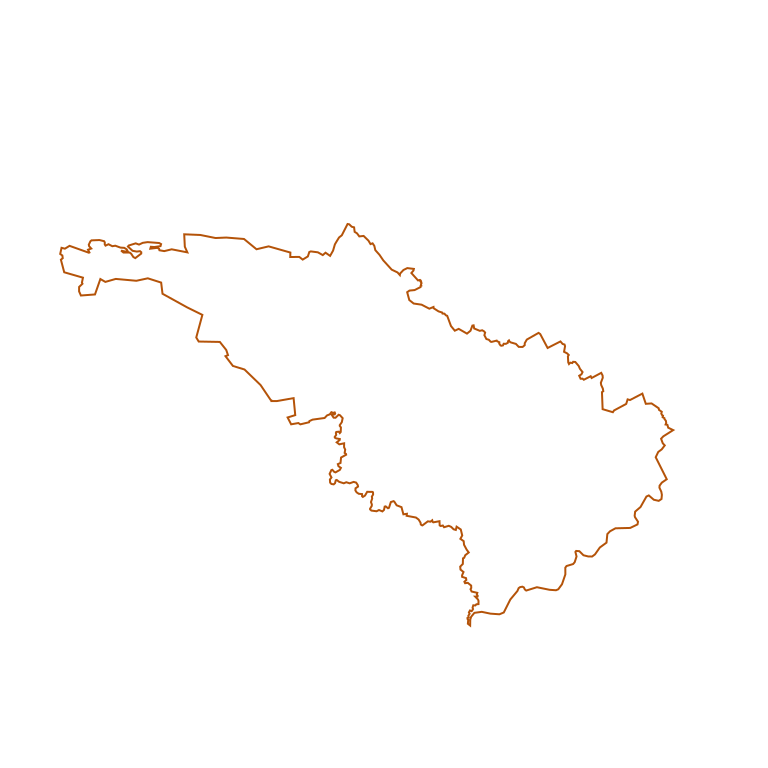 Straupes pag., Pargaujas, Latvia, rotated 335°
{"feature_id": "27541924B928212469839", "entity_name": "Straupes pag.", "entity_type": "district", "adm_level": 2, "iso_a3": "LVA", "parent_name": "Latvia", "parent_adm1": "Pargaujas", "projection": "mercator", "projection_center": [24.945, 57.337], "detail": "fine", "context": "isolated", "style": "outline", "palette": "amber", "viewbox_px": 768, "rotation_deg": 335, "n_neighbors": 0, "source": "geoboundaries", "source_scale": "gbopen_adm2", "svg_char_len": 6166}
<svg xmlns="http://www.w3.org/2000/svg" viewBox="0 0 768 768"><g transform="rotate(335 384 384)"><path d="M266.2,163.9L261.5,175.4L261.4,181.6L248.5,172.2L241.0,170.7L237.0,167.9L237.3,166.4L236.1,164.8L229.4,162.6L230.7,161.1L233.7,162.8L239.7,164.6L241.1,163.0L239.8,161.2L229.7,155.5L225.0,154.1L220.9,154.1L218.4,151.6L211.2,150.6L210.0,151.2L212.4,157.0L215.9,159.5L219.0,160.5L219.7,162.0L219.1,163.2L211.8,164.8L210.5,163.0L209.9,159.0L209.0,157.3L203.4,154.7L202.1,152.0L205.6,154.7L207.8,155.0L207.7,153.2L206.1,150.8L202.8,149.0L198.9,145.1L196.0,144.3L193.4,140.9L190.1,140.9L189.9,139.5L190.8,137.6L190.7,136.3L187.0,133.3L179.6,130.2L178.2,130.6L175.3,133.0L175.0,134.5L175.9,137.5L172.5,137.2L172.6,140.3L172.0,140.3L157.4,125.9L152.0,126.5L149.3,124.3L145.5,129.3L146.8,131.6L146.0,134.2L143.7,134.8L141.4,147.6L156.1,160.4L153.1,164.4L153.1,165.7L148.7,167.2L146.8,171.2L146.7,175.7L159.9,180.7L171.3,169.0L174.6,173.7L185.3,175.4L203.2,185.8L214.6,188.4L224.9,197.9L221.4,208.6L238.0,231.4L248.6,244.6L233.5,262.5L234.0,267.2L253.0,276.5L255.4,286.5L254.8,291.9L252.1,291.8L254.7,303.8L263.7,311.9L271.7,332.8L274.5,350.4L275.1,351.4L274.8,351.9L279.7,354.2L296.1,358.6L290.4,374.7L282.5,373.6L282.8,381.3L289.9,383.2L291.1,385.2L299.9,387.0L300.7,386.1L304.2,386.1L315.8,389.7L319.1,388.4L322.0,388.6L324.4,387.3L325.8,388.7L327.3,388.9L327.3,390.0L326.5,390.7L323.6,389.7L324.1,393.2L325.8,394.1L329.9,392.7L330.9,393.7L332.1,397.5L329.6,400.8L326.5,402.6L326.2,403.3L326.6,405.1L324.5,409.2L323.2,409.8L322.9,408.1L320.5,407.3L319.7,408.0L319.2,409.9L316.9,411.2L316.8,411.9L317.7,413.1L320.7,415.2L320.2,416.0L316.5,416.9L318.0,419.8L322.8,420.9L321.1,424.4L321.1,427.1L319.2,429.8L320.0,431.4L319.8,432.1L314.0,432.5L311.2,437.2L308.3,437.1L308.0,439.3L309.5,441.8L307.6,443.2L302.7,443.6L301.8,442.7L300.9,439.9L299.9,439.8L296.7,442.5L296.9,446.5L294.6,447.7L293.5,450.6L294.1,452.4L296.0,453.7L297.7,453.2L299.6,450.9L300.6,451.0L302.0,453.7L305.6,457.0L308.3,457.1L310.9,459.5L315.1,459.9L317.1,461.6L317.5,464.6L317.1,466.0L314.1,466.5L313.1,468.4L313.4,470.6L314.7,472.8L317.6,474.5L316.7,476.4L317.1,477.4L319.6,477.1L323.2,474.6L328.1,477.0L328.2,477.7L327.4,479.6L325.4,480.9L324.9,482.8L322.3,485.5L322.1,488.0L321.4,489.3L318.6,491.2L318.4,491.8L319.1,493.4L323.5,496.2L326.2,496.1L328.7,498.8L330.8,498.1L332.8,495.4L333.8,495.6L335.1,498.3L336.2,498.3L340.3,493.9L343.1,494.2L343.6,494.9L344.2,499.3L347.8,503.0L346.5,510.3L349.9,511.3L348.8,513.0L356.5,518.5L358.1,521.5L358.5,525.1L358.0,526.8L358.4,527.8L359.1,528.4L365.7,527.0L367.9,528.4L370.1,527.9L369.8,529.5L370.2,530.2L376.3,531.8L374.7,535.7L375.4,536.7L377.5,537.1L377.9,539.2L382.8,539.9L384.5,541.9L385.7,545.1L387.4,546.6L389.5,544.0L392.1,548.3L390.9,554.3L387.8,556.6L389.8,560.1L388.6,563.5L388.9,569.0L389.6,572.5L385.3,573.5L383.2,575.4L381.9,575.4L379.4,580.4L375.9,581.7L374.9,584.5L376.6,588.0L373.9,590.4L373.3,591.8L376.3,594.6L375.8,596.4L373.3,597.2L373.3,598.8L375.9,599.6L377.8,603.5L376.9,605.7L375.7,606.5L375.7,609.1L380.3,612.7L379.2,613.9L379.4,615.6L379.0,616.1L376.8,615.2L378.1,619.0L378.0,620.5L376.6,623.4L374.6,622.7L373.2,623.3L371.4,622.3L369.7,624.2L369.6,625.6L368.0,626.7L367.4,626.9L366.2,625.6L364.4,626.9L364.5,628.4L362.4,629.8L362.1,631.4L360.7,631.4L360.4,632.6L360.7,633.3L358.7,636.7L360.0,639.3L362.6,634.0L364.6,631.8L369.2,629.6L376.3,631.8L383.4,637.1L391.3,641.5L396.0,641.7L407.4,632.7L417.4,628.0L419.8,625.9L421.5,625.6L423.8,626.2L424.8,627.5L424.8,629.7L425.6,631.3L436.7,632.8L447.1,640.5L452.7,643.6L455.2,643.7L460.7,640.7L467.9,633.2L470.7,627.1L472.5,626.1L479.3,627.1L481.5,626.1L485.6,621.7L486.5,617.1L487.6,616.5L490.4,618.1L492.4,623.5L496.2,626.6L499.7,628.3L503.2,627.6L510.5,623.4L518.6,621.8L523.0,614.4L526.6,613.0L532.8,612.6L546.3,618.5L554.4,618.4L556.0,616.2L555.2,610.7L555.5,609.3L557.7,605.8L564.5,603.9L574.3,596.9L576.9,596.9L579.6,602.9L583.6,606.0L586.9,605.5L589.0,601.9L589.8,598.8L589.8,594.4L590.8,592.6L594.1,590.8L600.0,589.8L599.3,565.2L603.8,561.5L608.1,560.6L612.5,558.3L611.6,555.5L612.0,550.7L615.0,549.5L626.6,548.0L623.1,543.7L623.6,540.8L622.1,539.7L623.3,538.6L623.9,536.5L623.4,534.2L623.7,533.4L622.5,531.9L623.4,530.7L623.0,530.5L622.8,528.0L624.0,526.6L622.3,523.6L622.7,522.1L618.3,514.7L612.9,512.6L614.1,501.9L600.2,502.5L598.3,500.9L595.1,504.4L581.3,505.2L579.5,506.3L571.5,499.2L578.1,483.5L579.7,483.2L580.4,480.6L580.4,476.8L581.0,474.6L584.9,470.8L585.7,468.7L585.6,465.7L574.7,466.3L574.6,464.3L566.9,464.6L566.2,463.1L564.4,462.3L564.4,459.0L567.0,458.7L569.0,457.1L568.0,453.0L568.1,450.0L566.7,444.9L564.8,443.8L563.5,444.6L561.9,443.4L560.1,444.1L560.1,442.3L562.4,436.6L563.7,435.8L562.9,433.6L560.8,430.9L564.1,426.2L564.3,424.5L562.8,423.2L561.9,420.0L547.5,420.5L546.7,404.8L545.7,403.0L532.2,404.1L528.8,406.5L527.9,408.3L525.3,409.0L521.8,407.3L520.5,403.4L516.5,399.9L515.7,398.6L515.7,397.3L514.6,397.6L513.6,399.0L511.4,399.1L509.5,398.1L508.1,399.3L506.5,398.9L505.9,398.3L505.5,396.1L506.2,394.9L504.6,393.1L504.5,392.3L499.3,391.3L498.5,390.7L497.7,388.2L495.8,386.5L495.6,382.2L497.4,380.1L496.9,378.5L495.7,376.8L493.3,376.3L489.2,371.8L490.0,368.7L488.8,368.4L484.9,372.3L480.5,373.4L475.0,365.6L470.7,365.6L469.2,359.8L470.1,348.9L469.1,347.9L468.5,345.8L466.8,344.9L466.9,343.8L464.1,341.2L461.0,336.3L461.4,335.1L456.9,334.9L451.6,328.0L444.9,323.6L442.4,318.6L443.8,310.6L446.6,310.1L451.4,311.8L458.1,311.6L458.7,310.5L459.4,310.6L459.7,309.1L460.7,308.4L460.4,306.6L461.0,306.5L461.0,305.7L460.6,304.9L458.6,304.5L455.7,295.0L458.7,293.6L459.7,292.3L454.1,288.8L449.8,288.9L445.3,290.7L444.4,292.0L443.4,288.6L439.3,283.6L435.6,271.7L434.5,265.0L432.7,259.0L433.6,254.7L433.1,251.7L430.9,251.5L430.5,247.5L428.1,241.2L424.0,239.8L423.2,236.0L421.7,233.7L423.1,229.4L421.2,227.8L420.0,224.6L418.6,223.6L408.6,231.4L405.2,232.2L401.1,234.9L398.5,236.7L394.2,241.6L389.3,245.1L386.5,240.3L383.0,241.3L379.7,236.7L373.7,232.9L372.1,232.8L368.9,236.2L362.9,236.9L360.9,233.0L352.7,229.3L354.7,225.3L337.6,210.5L325.4,208.0L318.4,193.4L302.9,184.6L293.0,180.5L280.5,171.3L266.2,163.9Z" fill="none" stroke="#b45309" stroke-width="2"/></g></svg>